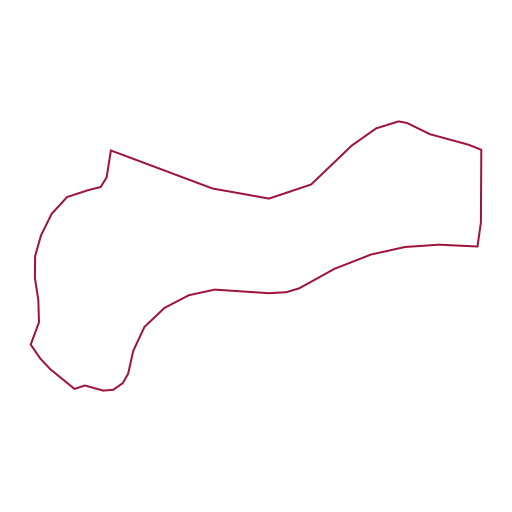 the Province of Mountain Province
{"feature_id": "PHL-2552", "entity_name": "Mountain Province", "entity_type": "Province", "adm_level": 1, "iso_a3": "PHL", "parent_name": "Philippines", "parent_adm1": "", "projection": "orthographic", "projection_center": [121.106, 17.071], "detail": "fine", "context": "isolated", "style": "outline", "palette": "rose", "viewbox_px": 512, "rotation_deg": 0, "n_neighbors": 0, "source": "natural_earth", "source_scale": "10m", "svg_char_len": 654}
<svg xmlns="http://www.w3.org/2000/svg" viewBox="0 0 512 512"><path d="M481.3,149.8L480.9,222.5L477.5,246.5L439.1,244.7L404.9,247.0L371.1,254.5L334.7,268.7L299.2,288.3L286.3,292.2L268.7,293.2L214.8,289.6L188.9,295.2L164.3,308.0L144.4,327.0L133.2,351.0L128.1,373.8L122.7,383.2L113.2,389.8L103.3,390.6L84.8,385.5L74.5,388.9L50.4,369.3L40.4,358.7L30.7,344.6L39.0,322.2L38.3,300.0L34.9,278.0L35.1,256.1L41.0,235.4L51.6,213.9L67.1,197.0L87.6,190.3L100.7,187.0L106.6,177.4L110.9,150.5L212.5,188.5L268.9,198.6L311.1,184.5L351.7,145.6L376.1,128.4L398.6,121.4L407.1,123.0L429.9,134.2L468.8,144.8L481.3,149.8Z" fill="none" stroke="#9f1239" stroke-width="2"/></svg>